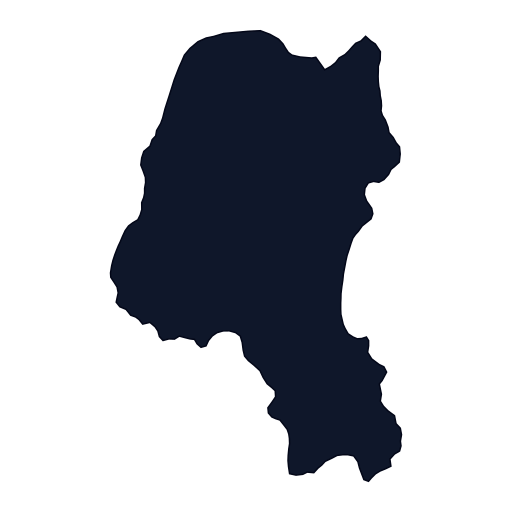 the district of Cairu, Bahia, Brazil
{"feature_id": "56859067B59177199809142", "entity_name": "Cairu", "entity_type": "district", "adm_level": 2, "iso_a3": "BRA", "parent_name": "Brazil", "parent_adm1": "Bahia", "projection": "orthographic", "projection_center": [-38.973, -13.524], "detail": "fine", "context": "isolated", "style": "filled", "palette": "ink", "viewbox_px": 512, "rotation_deg": 0, "n_neighbors": 0, "source": "geoboundaries", "source_scale": "gbopen_adm2", "svg_char_len": 2860}
<svg xmlns="http://www.w3.org/2000/svg" viewBox="0 0 512 512"><path d="M315.8,57.3L311.8,58.0L300.0,57.0L291.9,55.1L288.3,52.4L285.3,47.9L282.9,43.8L278.5,39.1L269.9,34.3L260.4,30.7L248.0,31.3L238.2,32.2L223.6,33.5L213.6,36.5L206.2,38.0L198.0,41.7L190.0,48.4L184.4,55.1L181.9,61.0L179.0,67.5L174.3,79.6L168.9,96.8L166.5,104.2L165.0,108.9L162.7,118.0L160.7,123.5L156.6,130.5L155.7,135.9L152.2,139.6L150.0,146.1L143.8,151.4L141.7,157.8L140.8,165.0L143.1,170.8L145.4,177.3L145.6,182.6L144.6,188.4L144.6,193.3L143.7,197.6L141.7,202.6L141.8,209.6L140.2,215.0L137.8,219.8L132.9,222.7L128.6,225.9L125.2,230.6L122.5,236.4L120.2,241.9L118.3,245.9L116.6,250.1L114.8,254.8L113.0,260.3L111.7,265.6L110.5,272.9L110.8,277.3L114.0,282.1L117.1,287.0L118.2,292.9L117.1,297.8L116.2,302.2L119.9,306.8L126.1,309.4L130.7,315.2L135.7,317.0L139.0,319.5L142.7,324.1L149.9,322.4L155.1,326.8L157.9,331.0L159.4,336.6L163.0,340.5L168.9,338.9L174.5,339.1L179.3,336.1L185.3,337.7L190.1,338.9L194.5,339.4L197.1,343.8L201.0,347.3L206.0,345.9L208.5,340.5L212.3,335.9L216.9,332.7L223.1,330.9L229.2,330.8L235.6,332.6L240.3,336.1L242.2,342.4L243.2,350.2L244.6,356.1L248.4,360.6L253.9,365.1L260.0,370.7L263.2,377.5L267.2,383.8L271.5,387.3L275.2,390.7L275.6,396.8L272.2,401.9L267.9,407.8L268.4,413.0L271.9,417.0L275.8,418.7L279.9,420.0L283.1,424.0L287.2,429.3L288.8,434.0L289.4,438.2L289.6,443.6L288.8,448.9L288.2,455.4L288.0,460.7L288.5,466.5L289.6,473.7L296.0,475.1L302.8,474.3L307.2,472.1L313.8,472.7L318.1,468.0L321.7,465.1L325.1,461.4L331.8,458.2L337.1,455.4L342.9,454.7L347.8,454.7L353.7,455.9L357.9,461.7L359.5,468.0L362.1,474.9L363.9,479.6L368.5,481.3L371.4,477.9L375.5,473.8L380.1,471.0L385.7,468.7L390.9,466.2L389.9,459.1L394.5,454.0L399.6,451.0L401.0,445.9L400.4,441.2L401.5,434.7L400.3,428.2L396.0,423.6L394.5,415.7L387.9,410.8L383.4,406.2L380.3,401.2L381.4,394.2L380.4,389.4L379.3,384.0L382.1,380.5L386.6,372.1L383.9,366.8L379.1,364.5L371.7,358.9L367.6,352.3L368.6,345.9L368.6,340.6L366.4,337.0L361.8,338.5L357.2,338.8L353.0,337.0L348.1,333.8L345.0,328.4L343.2,324.4L340.9,314.4L340.7,309.4L340.7,303.0L340.9,298.4L341.0,293.5L341.8,286.8L342.8,280.1L343.4,274.0L344.8,266.6L345.9,260.7L347.1,255.4L349.1,249.4L351.1,243.0L352.9,238.1L355.5,234.4L358.4,231.2L362.2,225.9L366.6,222.4L371.0,218.9L372.8,213.8L371.7,208.3L366.6,201.0L364.3,194.7L365.0,188.2L368.3,182.9L373.5,181.4L378.9,182.3L383.9,179.6L388.5,174.5L391.0,169.4L395.0,166.1L399.3,162.1L400.2,154.0L399.5,146.8L396.1,142.8L393.2,137.5L389.0,132.6L388.0,127.1L385.3,120.0L382.4,115.4L381.0,110.9L381.5,105.9L381.2,100.7L380.2,95.6L379.9,91.0L378.8,86.6L378.3,81.5L378.1,76.3L378.3,71.0L378.3,66.3L380.2,60.0L380.4,51.7L375.3,44.0L370.8,41.0L365.6,36.3L360.9,41.0L355.7,43.3L352.2,47.0L348.7,51.0L345.0,54.6L339.2,57.9L335.6,62.6L331.0,66.3L324.7,69.8L315.8,57.3Z" fill="#0f172a" stroke="#020617" stroke-width="1.5"/></svg>